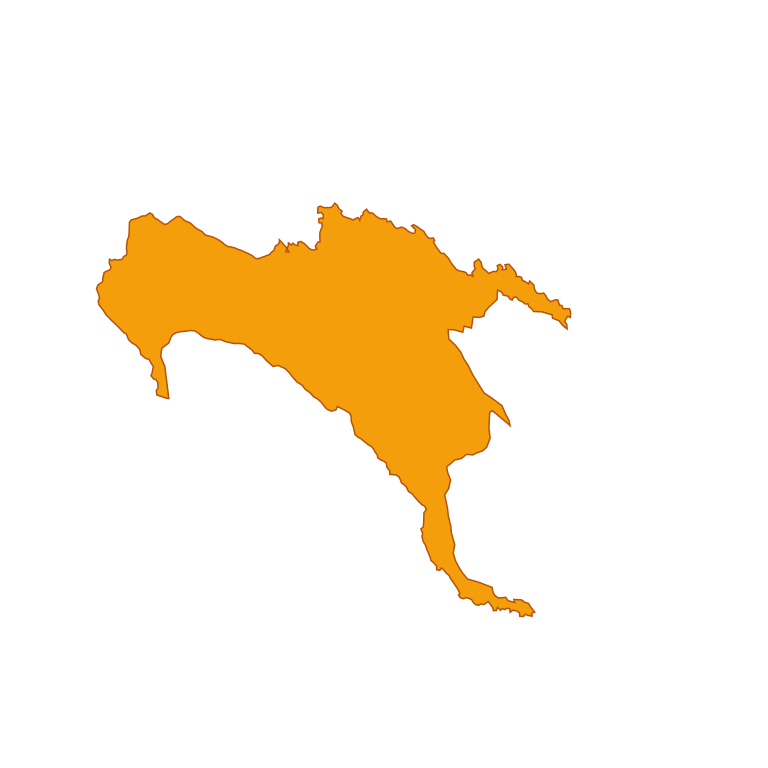 the district of Matrinchã, Goiás, Brazil, rotated 147°
{"feature_id": "56859067B90631259832996", "entity_name": "Matrinchã", "entity_type": "district", "adm_level": 2, "iso_a3": "BRA", "parent_name": "Brazil", "parent_adm1": "Goiás", "projection": "equal_earth", "projection_center": [-50.792, -15.31], "detail": "fine", "context": "isolated", "style": "filled", "palette": "amber", "viewbox_px": 768, "rotation_deg": 147, "n_neighbors": 0, "source": "geoboundaries", "source_scale": "gbopen_adm2", "svg_char_len": 6076}
<svg xmlns="http://www.w3.org/2000/svg" viewBox="0 0 768 768"><g transform="rotate(147 384 384)"><path d="M381.8,110.6L382.4,116.5L382.3,121.4L384.8,124.1L386.2,128.0L392.5,132.6L393.3,129.6L398.0,134.7L398.1,138.8L404.6,142.2L406.3,146.5L405.8,150.5L404.1,154.5L412.5,166.1L420.2,175.0L421.1,182.8L421.0,189.3L420.3,196.9L418.1,204.4L412.2,210.7L408.5,222.7L405.5,228.1L402.0,238.2L398.8,244.4L393.5,257.9L386.6,261.2L380.5,267.2L378.8,275.1L376.6,280.3L366.0,281.7L359.8,279.4L353.2,280.1L348.2,276.2L343.4,275.6L337.6,274.2L332.2,275.1L324.5,280.8L319.9,290.1L310.9,302.5L308.1,302.9L306.8,300.0L300.9,280.5L299.0,285.6L298.5,292.0L296.9,301.5L300.3,310.9L305.0,322.3L304.6,343.3L303.3,353.9L303.4,361.3L302.3,368.7L303.0,377.5L305.1,386.6L300.6,394.7L295.7,391.3L289.8,384.5L285.3,388.9L280.2,383.3L272.8,391.7L267.9,388.0L263.3,386.5L259.8,389.8L254.5,391.3L247.7,392.5L243.1,393.3L240.3,397.4L237.5,400.9L235.2,396.7L235.7,393.8L232.0,389.9L232.2,386.7L230.8,384.5L228.1,386.1L225.6,384.7L225.1,380.4L223.2,377.8L222.0,374.2L219.7,372.9L220.4,370.0L219.2,366.8L219.0,363.3L212.1,358.4L208.2,353.7L205.4,350.7L206.7,347.3L204.9,344.7L202.7,341.7L202.5,338.2L201.9,334.6L200.4,330.5L198.3,334.3L198.3,338.3L195.2,339.8L193.1,340.7L191.4,338.3L188.2,342.9L187.5,346.2L189.9,347.8L192.8,349.4L192.1,352.9L193.8,354.6L193.1,357.3L192.4,359.8L194.7,361.5L197.3,361.8L199.6,362.6L200.6,366.6L200.2,370.0L200.6,373.3L203.8,374.7L206.4,377.1L206.3,380.5L205.6,383.1L204.4,385.4L205.7,391.1L208.2,389.2L209.6,392.6L211.5,395.6L210.6,398.5L212.1,400.6L214.6,402.0L213.1,404.3L212.7,408.0L214.0,416.5L217.6,418.1L218.8,413.6L222.8,415.3L220.8,417.2L221.3,421.0L224.5,421.7L225.7,418.5L228.4,417.0L231.0,418.9L235.9,419.7L237.0,424.2L238.0,426.6L237.8,429.5L236.3,432.9L236.6,437.2L238.7,437.1L241.9,437.1L244.2,433.7L244.8,430.8L249.6,429.5L250.8,426.0L252.0,428.4L254.4,429.3L254.6,432.9L256.7,435.6L259.1,437.5L261.0,440.7L261.4,445.0L261.8,449.1L261.5,454.0L262.6,460.9L265.0,462.7L265.5,469.8L265.3,476.0L263.3,476.8L263.1,479.6L266.7,481.4L267.7,484.5L267.5,490.5L269.2,494.4L270.6,498.2L272.4,501.5L274.7,501.7L273.6,496.4L275.8,493.8L278.0,494.7L280.3,498.3L281.6,502.8L283.9,506.1L288.5,507.3L289.6,509.9L289.7,517.1L293.0,518.2L292.1,521.2L294.2,522.7L297.3,524.8L299.3,529.0L300.6,533.8L303.2,535.6L303.4,540.1L307.6,539.5L309.7,537.2L311.9,537.3L315.2,534.5L315.1,537.7L317.9,538.3L320.0,538.0L322.0,540.6L324.5,543.7L326.9,546.9L327.4,550.4L325.0,551.7L326.4,555.5L325.8,559.0L326.8,562.5L331.0,560.9L333.1,561.3L338.2,564.5L340.5,567.8L342.8,568.3L344.8,566.1L346.5,563.4L343.2,562.0L342.9,558.8L345.1,555.9L346.8,557.7L348.9,558.0L350.7,554.6L348.6,553.1L349.9,549.7L353.2,547.6L355.4,545.8L358.1,541.7L360.1,538.1L362.1,539.0L364.5,538.0L366.6,536.9L366.9,533.8L371.1,535.2L373.0,538.6L373.5,541.6L374.5,545.6L376.1,548.9L379.3,549.7L380.7,546.9L382.9,549.0L383.6,551.7L386.1,551.1L387.3,554.4L389.1,551.9L391.4,550.7L392.3,556.5L393.2,561.9L394.7,559.7L397.1,558.7L399.9,558.9L403.1,556.2L406.9,555.7L410.0,554.9L412.5,555.7L414.8,555.9L417.0,556.7L420.4,557.3L423.3,559.1L424.4,562.8L425.7,565.5L429.2,571.0L431.5,574.6L433.1,576.4L434.9,579.3L437.5,582.0L439.9,584.2L441.6,587.3L442.3,590.1L444.2,594.9L445.5,597.1L446.9,599.5L448.5,601.6L450.3,603.5L452.8,606.5L453.6,611.0L455.7,614.9L457.2,618.2L458.7,624.4L462.2,629.7L463.8,635.6L466.0,637.0L468.4,637.2L470.4,636.9L473.8,636.9L478.1,636.3L481.1,637.3L482.1,639.6L484.2,644.8L486.1,648.6L485.9,652.6L487.3,655.0L490.7,655.0L492.8,655.1L495.5,656.7L500.6,657.4L503.4,658.2L506.4,659.3L509.3,658.4L512.3,654.2L515.3,649.8L517.6,646.8L520.8,644.5L523.9,641.0L526.4,637.6L527.8,634.3L530.0,632.4L532.7,632.7L536.1,631.2L538.0,632.2L540.1,633.1L542.2,635.4L545.0,635.7L546.2,638.1L548.4,635.6L549.4,630.6L551.7,629.0L554.5,629.6L557.8,630.0L560.8,627.3L562.4,625.7L564.2,623.1L566.4,622.9L569.9,622.9L573.2,620.5L573.9,617.6L574.7,614.0L575.8,611.0L578.5,609.2L579.9,605.8L579.3,598.5L579.4,593.4L578.6,589.6L577.7,584.8L576.3,579.3L575.6,576.0L575.0,572.4L574.4,569.0L572.8,566.4L574.1,560.2L573.0,555.9L570.7,551.0L570.1,546.1L571.8,541.3L569.8,534.9L567.6,532.8L568.0,528.6L568.0,524.2L572.4,519.7L574.9,517.8L574.5,513.8L572.9,512.1L572.9,508.6L575.6,503.8L578.6,502.5L580.5,498.5L574.4,490.8L572.4,489.0L558.2,518.2L557.4,523.0L556.2,528.7L553.1,532.5L550.5,535.1L542.1,535.6L537.7,539.0L534.1,540.5L530.3,540.2L526.8,539.0L522.3,536.6L517.4,534.4L513.9,531.7L511.9,527.6L511.0,524.2L509.6,521.0L507.3,518.2L501.7,512.9L499.5,512.0L496.7,510.1L494.1,506.1L487.6,499.5L483.6,497.0L479.5,493.7L476.2,484.5L475.9,480.2L472.8,478.0L470.8,473.8L469.7,467.2L467.5,459.2L462.7,457.2L458.4,450.6L457.3,445.0L456.9,439.9L455.8,432.5L453.3,427.8L453.0,422.6L450.7,416.7L450.0,411.6L447.9,407.8L446.6,403.1L446.2,397.6L445.6,394.0L443.2,390.1L441.1,389.2L438.2,388.5L435.4,390.6L431.0,383.1L428.7,378.3L429.1,375.0L431.8,370.5L433.3,364.1L435.8,357.4L434.8,353.7L433.2,350.6L430.2,341.4L428.2,337.5L428.5,331.4L428.2,328.4L429.4,325.5L428.0,321.9L426.2,319.4L425.2,316.2L426.9,312.8L426.6,308.0L428.4,304.9L426.2,303.4L423.2,301.0L422.0,297.2L422.5,294.4L423.2,291.7L422.3,289.2L421.3,285.6L422.0,280.5L420.3,276.9L419.8,272.4L419.0,266.6L417.8,261.7L416.4,259.6L416.9,255.7L420.7,254.2L424.0,249.3L426.2,246.2L428.9,242.8L432.0,242.3L433.1,237.2L435.1,235.7L436.8,230.9L437.0,226.3L438.1,222.1L438.7,218.8L439.2,215.9L439.8,213.1L440.7,210.6L439.8,207.4L439.0,202.9L441.0,199.5L438.7,197.3L436.0,198.4L435.0,194.5L434.9,191.7L433.7,187.9L434.2,184.6L433.9,179.4L433.9,175.5L433.8,172.0L434.5,166.8L436.5,166.3L436.4,163.2L434.1,160.4L432.0,160.5L429.3,157.7L427.9,155.0L428.1,151.9L427.4,149.3L425.4,146.9L422.8,146.9L420.2,144.7L417.8,144.7L415.2,144.8L414.7,140.4L414.7,137.0L415.7,134.3L413.2,132.9L410.5,134.9L409.5,130.7L407.3,131.2L405.4,128.9L403.4,129.1L400.9,127.2L402.5,123.8L399.4,124.2L396.2,121.4L395.1,118.2L396.7,115.1L393.5,113.1L391.0,113.9L389.0,111.2L386.3,108.7L384.6,111.3L381.8,110.6ZM391.4,550.7L392.1,546.5L394.5,548.6L391.4,550.7Z" fill="#f59e0b" stroke="#b45309" stroke-width="1.5"/></g></svg>